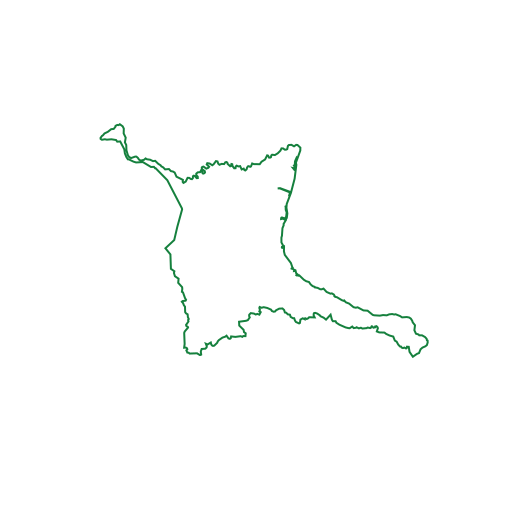 outline of Barú, Chiriquí, Panama, rotated 298°
{"feature_id": "35544464B97118695767804", "entity_name": "Barú", "entity_type": "district", "adm_level": 2, "iso_a3": "PAN", "parent_name": "Panama", "parent_adm1": "Chiriquí", "projection": "albers", "projection_center": [-82.857, 8.312], "detail": "fine", "context": "isolated", "style": "outline", "palette": "green", "viewbox_px": 512, "rotation_deg": 298, "n_neighbors": 0, "source": "geoboundaries", "source_scale": "gbopen_adm2", "svg_char_len": 6130}
<svg xmlns="http://www.w3.org/2000/svg" viewBox="0 0 512 512"><g transform="rotate(298 256 256)"><path d="M287.2,63.3L286.4,63.9L286.3,65.4L288.1,67.7L288.7,69.7L291.2,73.6L292.7,78.0L291.8,79.8L293.4,82.3L288.4,89.6L285.0,92.1L282.5,95.1L281.2,97.5L281.6,98.3L281.8,103.5L282.3,106.2L285.8,112.0L285.3,121.5L286.8,124.0L286.1,125.7L286.4,126.1L281.3,142.1L263.3,168.2L262.4,168.9L244.9,172.8L231.7,176.3L220.3,172.4L217.2,179.7L204.7,186.9L204.2,191.1L202.5,191.5L200.1,193.9L199.6,198.3L195.8,199.9L193.8,205.4L192.3,206.4L189.6,207.4L189.6,208.6L185.5,213.1L184.5,214.8L183.5,214.8L181.7,212.3L180.8,212.0L180.2,213.7L178.7,215.4L177.9,217.1L173.2,219.8L172.5,221.1L172.4,223.0L170.0,224.6L168.8,226.2L167.6,226.1L166.5,227.1L162.3,226.6L161.5,227.4L161.4,229.1L160.9,229.6L155.9,228.5L154.4,228.7L144.8,234.3L141.3,235.6L142.2,237.0L142.1,238.5L141.3,239.2L140.0,238.8L138.5,240.7L139.0,241.9L138.7,243.2L142.4,249.6L142.2,252.8L142.6,253.5L143.2,253.9L145.7,252.1L148.4,251.7L150.4,254.8L152.1,255.3L153.2,254.9L155.0,252.9L155.2,254.8L158.4,256.7L156.9,258.0L156.4,259.1L156.4,260.2L157.2,261.2L161.2,262.5L162.6,262.3L164.3,262.7L168.2,264.7L170.3,266.7L171.8,267.4L170.3,270.4L170.6,271.8L171.5,272.3L173.3,271.8L174.9,275.8L178.0,280.1L178.2,281.9L179.3,282.3L180.3,284.3L182.9,283.2L183.2,281.1L185.0,279.7L186.7,273.9L190.0,271.9L194.1,277.6L195.5,278.9L198.8,279.3L199.8,278.1L201.0,277.6L203.1,278.2L204.2,281.2L204.2,283.2L205.5,284.4L205.8,286.5L208.6,286.5L208.6,285.0L210.2,284.8L211.7,283.3L212.7,283.2L212.9,285.2L214.4,286.8L215.4,290.3L215.7,294.5L214.9,295.8L215.1,297.8L216.0,298.9L217.5,299.2L220.4,301.2L222.1,304.0L221.5,306.2L219.7,308.0L220.1,309.3L219.4,311.5L220.1,313.5L218.5,315.2L218.4,317.8L219.0,318.9L217.3,320.7L216.5,322.2L216.7,325.7L217.5,326.2L220.7,325.1L222.9,326.5L223.0,328.6L223.6,328.2L224.2,328.8L224.2,330.4L225.5,331.3L226.9,331.7L229.3,336.6L230.6,334.8L232.0,334.1L232.9,334.1L233.6,335.0L233.9,337.0L233.6,340.2L233.1,341.2L233.3,344.7L232.7,347.7L239.2,349.4L235.4,352.9L234.5,354.5L235.8,356.9L234.8,358.3L234.5,361.9L235.0,368.6L235.7,371.4L236.2,372.6L238.9,374.1L238.2,376.1L239.7,378.1L240.3,378.3L240.4,380.8L241.9,382.3L241.9,384.0L244.3,387.6L245.2,388.1L246.0,390.7L246.5,391.1L248.2,391.1L248.4,391.7L247.8,393.3L249.0,394.7L249.7,394.3L250.6,395.3L250.2,396.7L249.5,397.5L246.1,398.1L246.4,400.7L248.7,405.4L248.3,407.5L248.5,411.3L249.3,415.0L246.5,418.3L246.4,420.4L244.6,423.1L243.7,425.6L244.1,426.6L243.5,427.6L243.7,429.0L244.8,430.0L244.8,431.9L245.4,432.3L246.8,431.9L247.5,433.5L243.4,436.6L240.7,441.8L245.2,444.1L246.8,445.5L250.9,445.1L253.3,446.0L255.7,447.9L257.5,448.7L260.2,448.2L261.9,447.2L261.9,446.4L263.0,445.5L263.8,443.3L263.9,439.9L262.6,437.4L263.0,436.3L262.5,433.7L264.8,430.7L269.5,428.9L271.0,425.5L272.1,424.4L273.4,422.1L273.6,420.1L272.9,417.8L270.4,413.8L270.6,411.4L270.1,406.6L269.2,405.5L268.7,403.5L267.0,401.0L265.0,399.3L263.5,395.9L261.5,393.4L259.1,388.1L258.8,386.7L260.1,380.2L258.4,376.4L258.4,369.8L257.2,368.4L256.6,366.2L257.7,360.5L257.3,357.1L258.1,354.8L257.6,354.7L257.3,352.7L257.6,346.8L257.1,345.1L257.3,344.1L257.8,344.0L258.5,342.8L258.6,340.5L257.7,339.4L257.4,335.2L258.9,330.9L257.4,329.6L256.8,328.3L256.8,325.4L255.9,322.6L256.3,322.2L256.0,320.1L256.6,317.5L257.9,315.0L257.3,312.2L257.5,309.4L259.2,303.3L258.6,302.9L258.1,300.8L257.1,300.6L258.3,300.6L258.7,302.3L259.0,302.4L259.7,299.5L261.5,297.9L260.6,296.7L261.0,296.6L261.5,297.5L261.9,297.3L261.7,295.3L262.2,293.9L261.6,293.3L260.6,293.4L261.8,293.3L262.4,293.8L262.4,294.8L263.1,293.4L266.2,290.1L270.5,280.9L273.2,278.5L277.1,276.5L276.3,276.2L275.7,275.7L275.5,275.2L276.0,274.7L275.9,273.9L276.2,274.5L275.8,275.5L277.1,276.3L279.9,272.1L284.2,269.8L286.1,269.4L293.0,266.3L296.1,266.0L297.3,265.3L301.6,265.5L301.6,262.2L300.4,260.8L300.8,260.6L301.7,260.4L302.2,260.8L302.7,263.9L304.9,264.2L308.9,262.6L310.7,260.6L313.5,259.0L314.2,258.2L313.8,259.2L311.8,260.3L308.1,263.5L305.1,264.4L302.7,264.2L302.0,265.0L304.1,265.3L308.3,263.7L312.9,260.2L316.4,258.7L326.6,257.4L325.8,256.7L327.7,256.3L328.0,255.3L326.9,245.3L325.9,243.4L327.2,245.4L328.6,255.6L327.9,256.9L328.5,257.1L342.4,253.8L355.5,248.8L356.9,247.6L353.7,248.9L351.1,249.0L349.8,250.2L351.0,247.4L351.3,248.5L351.7,248.6L352.9,248.2L353.7,247.0L354.6,247.5L357.9,246.0L361.8,245.7L361.5,246.2L358.0,246.7L358.0,247.3L369.9,245.6L372.5,244.3L373.5,240.5L373.0,239.3L370.7,238.1L370.8,235.1L369.4,232.9L368.2,232.5L365.0,233.4L363.9,232.5L363.4,231.5L363.7,229.5L363.0,228.0L360.5,228.1L356.9,227.0L354.0,225.3L353.0,222.7L352.0,222.3L350.3,222.8L349.7,222.5L349.0,221.4L350.3,219.5L350.1,218.6L345.5,218.7L341.8,216.6L338.8,216.2L336.1,210.9L335.9,209.2L332.7,209.5L332.0,209.0L331.9,207.4L331.4,206.8L329.9,206.6L328.1,207.0L326.5,206.4L326.4,205.5L327.4,204.1L325.7,202.7L327.9,199.8L326.8,198.4L326.7,196.5L325.6,196.1L323.9,196.7L323.2,195.6L324.3,193.2L325.9,191.9L325.7,191.1L323.6,191.6L323.1,191.1L324.0,187.7L325.0,186.8L325.1,185.8L324.3,184.9L322.2,184.7L321.2,182.4L319.4,180.9L319.8,179.3L321.4,177.6L321.0,176.1L317.1,175.5L315.6,174.8L315.9,171.7L315.1,169.4L313.7,169.5L312.8,172.7L311.5,172.5L309.8,171.1L310.3,167.7L309.5,166.8L308.7,166.6L307.9,167.0L307.3,168.0L306.9,170.9L305.9,171.7L305.0,171.6L304.1,170.9L303.9,170.2L304.4,169.4L306.0,168.9L306.3,168.0L306.1,167.3L303.8,167.3L302.5,165.3L300.7,164.6L299.4,165.3L298.7,167.3L297.5,168.0L296.9,167.1L297.9,164.1L297.6,163.2L296.8,162.9L295.1,163.7L293.8,163.4L293.4,162.4L293.6,160.3L292.9,158.9L288.7,159.0L286.5,157.6L287.0,156.5L288.9,155.7L288.7,148.6L291.5,145.0L291.6,143.0L291.0,141.0L291.9,138.3L289.8,135.1L290.7,132.4L290.7,130.3L291.3,129.2L291.5,126.4L292.7,122.3L291.4,120.5L291.3,117.3L290.2,114.3L290.3,112.7L288.4,112.0L286.1,109.4L286.2,107.4L287.2,105.6L287.6,103.7L287.1,102.7L283.8,99.7L283.9,97.2L285.0,95.4L288.5,92.0L293.1,89.3L294.8,86.9L299.3,85.4L302.1,81.6L306.4,79.5L307.9,77.4L308.4,73.9L307.1,73.3L306.6,72.0L305.0,70.9L304.1,71.2L301.4,70.7L300.0,68.6L296.1,66.9L293.1,64.7L290.7,64.2L289.6,63.6L287.2,63.3Z" fill="none" stroke="#15803d" stroke-width="2"/></g></svg>